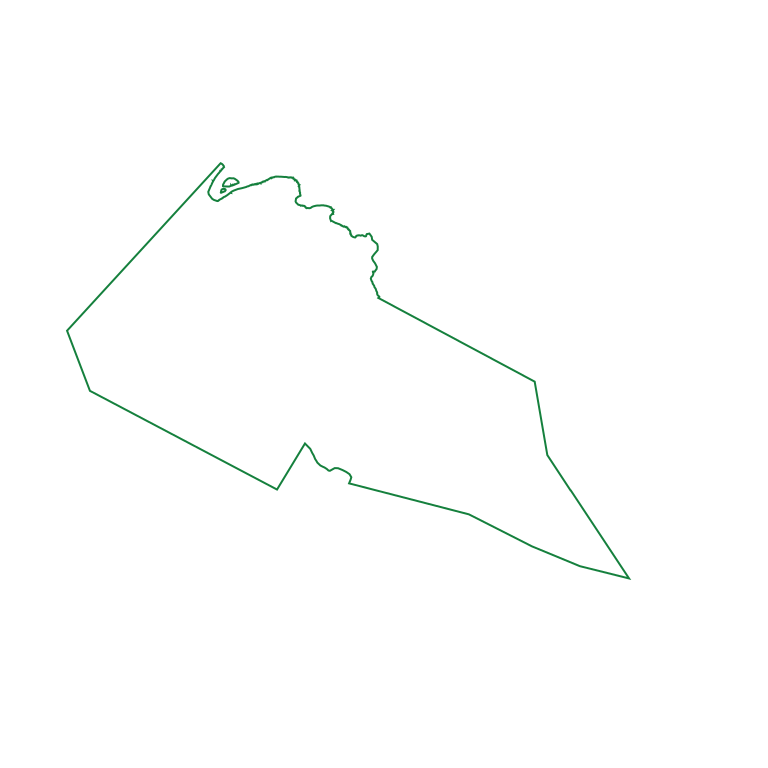 outline of Mappi, Papua, Indonesia, rotated 117°
{"feature_id": "22746128B63262525003276", "entity_name": "Mappi", "entity_type": "district", "adm_level": 2, "iso_a3": "IDN", "parent_name": "Indonesia", "parent_adm1": "Papua", "projection": "equal_earth", "projection_center": [138.756, -6.247], "detail": "fine", "context": "isolated", "style": "outline", "palette": "green", "viewbox_px": 768, "rotation_deg": 117, "n_neighbors": 0, "source": "geoboundaries", "source_scale": "gbopen_adm2", "svg_char_len": 5915}
<svg xmlns="http://www.w3.org/2000/svg" viewBox="0 0 768 768"><g transform="rotate(117 384 384)"><path d="M256.6,465.3L258.3,467.4L259.1,467.4L260.3,467.1L260.6,467.2L261.0,467.7L261.3,468.7L261.2,470.2L261.3,471.0L261.7,471.5L262.2,471.9L262.4,472.1L262.6,473.2L263.0,474.1L263.7,474.8L263.7,475.1L264.0,475.4L264.6,475.9L265.6,475.9L266.5,476.2L266.8,477.0L267.0,478.4L266.9,479.6L266.7,480.5L266.3,480.6L266.0,481.3L265.8,481.4L265.8,481.6L265.6,481.6L265.3,481.9L265.2,482.3L264.8,482.3L264.7,482.6L264.3,482.8L264.0,483.1L263.5,483.3L263.3,483.6L263.0,483.7L262.9,484.2L262.7,484.0L262.8,484.3L262.7,484.6L262.6,485.0L262.4,485.4L262.5,485.7L262.4,485.8L262.2,485.8L262.1,486.1L262.2,486.6L261.9,486.9L261.9,487.2L261.3,487.6L261.2,487.7L261.3,488.0L261.2,488.8L261.2,489.0L261.6,489.1L261.7,489.4L261.6,490.1L261.7,490.5L261.5,490.8L262.1,491.3L262.2,491.9L262.0,492.4L262.1,493.0L262.2,493.6L262.0,493.8L262.1,494.0L261.9,494.2L262.0,494.9L261.9,495.4L261.9,496.5L262.2,498.2L262.3,499.7L262.5,499.9L262.5,500.4L262.4,504.1L262.5,505.2L262.7,505.3L260.9,507.2L259.2,508.0L258.4,508.1L256.2,507.4L255.7,506.7L255.5,507.0L255.3,506.8L254.3,507.1L254.0,507.1L253.9,507.5L253.7,507.4L253.5,507.6L253.4,507.6L253.4,507.8L252.8,508.1L252.8,508.5L252.6,508.3L252.4,508.4L251.9,508.3L252.1,508.7L252.1,508.8L251.9,508.9L251.7,509.4L251.8,509.5L251.4,510.0L251.5,510.1L251.0,511.2L251.1,511.7L250.8,511.8L251.0,512.1L250.8,512.4L250.9,513.0L250.9,513.5L251.1,514.8L251.2,515.0L251.4,516.4L252.2,518.5L252.2,518.9L253.2,520.9L254.1,522.2L255.3,524.5L255.9,525.4L257.8,527.6L259.0,528.6L260.4,529.3L261.2,530.2L262.0,532.2L262.5,532.8L262.4,533.8L261.9,534.4L261.8,535.3L261.6,535.2L261.5,536.0L262.0,537.4L262.2,537.6L262.1,537.8L262.5,538.6L262.6,539.0L262.8,539.1L262.7,539.3L263.0,541.2L263.2,541.7L262.2,544.8L261.4,545.7L258.6,546.6L256.7,545.7L256.4,545.8L254.2,543.9L253.8,544.0L252.5,545.3L251.8,545.5L251.6,545.8L251.2,546.0L250.7,546.6L250.3,546.8L250.3,547.1L249.8,547.3L249.6,547.2L249.2,547.5L248.9,547.6L248.0,548.3L247.5,548.5L247.1,549.0L246.6,549.2L246.6,549.4L246.3,549.3L246.1,549.4L245.8,549.8L245.5,549.9L245.5,550.2L245.4,550.3L245.1,550.1L245.1,550.4L244.6,550.7L244.4,551.3L243.9,551.6L243.8,552.1L243.5,552.5L243.6,552.9L243.2,553.1L243.3,553.4L242.8,553.9L242.8,554.1L242.6,554.2L242.7,554.4L242.4,554.6L242.5,554.9L242.3,555.6L242.8,555.8L243.0,556.0L242.3,556.5L242.2,557.1L242.3,557.8L241.6,558.2L241.6,558.5L241.4,558.8L241.9,559.2L241.9,559.5L241.9,559.9L242.1,560.0L242.1,560.4L242.3,560.6L242.3,561.1L242.5,561.5L242.8,561.8L242.9,562.1L243.1,562.2L243.1,562.6L243.6,563.0L243.6,563.4L243.7,564.5L243.9,564.8L244.2,565.7L244.7,566.6L246.1,570.0L246.6,570.9L247.3,572.6L248.1,574.0L248.1,574.3L249.0,575.4L249.7,575.8L250.0,576.3L249.9,576.4L250.0,576.6L250.7,577.0L250.9,577.5L251.1,577.9L251.4,578.1L251.6,578.1L251.7,577.7L251.8,577.7L251.9,577.8L251.8,578.6L254.8,580.3L255.2,580.4L255.2,580.6L255.2,580.8L255.8,581.3L257.4,582.2L257.7,582.2L257.7,582.4L257.6,582.6L257.7,582.8L258.7,583.7L258.9,583.7L258.9,584.0L259.1,584.1L259.1,583.8L259.2,584.0L259.9,584.3L260.4,584.9L260.7,585.1L261.1,585.0L261.0,585.4L261.0,585.6L262.2,586.7L262.6,587.4L263.1,587.6L263.3,587.4L263.6,587.7L263.3,588.2L263.7,588.4L263.8,588.7L264.2,588.8L264.2,589.0L264.6,589.3L264.8,589.7L264.6,589.9L265.2,590.5L265.3,590.4L265.5,590.5L265.8,591.0L265.8,591.3L266.1,591.4L266.1,592.0L266.8,592.6L267.0,592.6L267.0,592.8L267.2,593.0L267.7,593.3L267.8,593.5L269.4,594.6L269.6,595.0L270.5,595.9L271.0,596.2L274.1,599.6L276.6,602.7L279.9,605.7L281.7,607.0L283.0,607.6L283.2,607.3L283.3,607.7L286.9,609.4L289.3,610.8L290.0,611.5L291.1,612.1L291.9,612.5L292.0,612.4L294.3,614.1L295.2,614.6L295.3,614.5L296.2,614.9L296.7,615.6L297.2,619.1L297.0,621.2L294.6,626.2L292.6,627.8L288.5,628.1L288.2,628.1L286.7,628.3L286.6,628.2L285.1,628.2L285.0,628.3L284.9,628.6L284.9,628.4L284.7,628.2L283.1,628.3L282.9,628.3L281.0,628.3L280.8,628.5L280.8,628.3L279.6,628.2L279.5,628.4L279.5,628.6L279.4,628.2L277.1,628.1L271.9,627.2L270.7,626.8L270.2,626.8L269.9,626.7L268.6,626.3L268.4,626.5L268.3,626.3L267.7,626.1L266.9,626.0L266.7,625.9L266.4,625.8L266.3,626.0L266.0,625.8L263.4,625.0L263.1,625.5L262.6,625.6L261.8,627.2L261.5,628.3L261.5,629.8L480.4,690.6L523.6,642.9L526.6,431.4L472.9,427.4L475.3,420.2L478.0,416.7L479.6,414.2L482.1,411.3L483.3,409.2L484.3,407.7L485.5,403.7L485.5,400.7L485.4,399.1L485.7,396.3L486.3,394.2L485.9,392.8L481.4,389.8L479.9,386.8L479.5,381.9L479.5,377.7L480.0,373.8L481.9,370.8L484.6,370.3L488.4,370.0L464.9,264.1L461.6,249.2L461.5,178.5L457.4,126.8L446.0,77.4L394.0,169.3L394.1,169.5L373.2,206.2L313.5,250.8L309.9,428.1L308.5,427.7L308.0,428.8L307.8,429.8L307.4,430.5L306.6,431.2L306.0,431.3L305.2,432.1L304.7,432.9L302.9,434.7L302.0,436.5L300.9,437.4L299.8,439.6L299.4,439.7L299.1,440.2L298.2,440.9L298.1,441.4L297.3,442.4L296.1,443.6L294.2,443.8L293.3,443.3L291.7,443.3L290.1,443.7L289.7,444.3L289.0,444.9L288.7,444.8L288.6,444.0L288.1,443.3L286.8,443.2L285.0,442.8L282.9,443.5L280.5,446.8L279.1,449.6L277.6,451.5L276.2,452.2L273.0,451.7L267.6,450.4L264.3,452.0L262.4,453.6L260.9,460.0L258.4,461.8L256.6,465.3ZM271.3,605.3L270.7,604.9L270.2,605.2L269.8,605.7L269.6,606.3L269.3,607.4L268.9,610.2L269.0,611.4L270.1,613.4L270.1,613.7L270.7,615.1L271.8,616.2L272.7,616.7L275.7,617.8L276.7,617.9L276.8,617.8L279.2,617.9L280.2,617.6L280.9,617.2L280.9,616.9L280.2,615.6L280.1,615.3L279.5,614.0L278.9,612.7L278.4,611.7L278.0,611.2L277.0,610.5L276.9,610.3L276.8,610.2L276.6,610.3L276.7,610.1L276.2,609.5L275.9,609.7L275.5,609.4L275.4,609.2L275.7,609.4L276.0,609.4L275.1,608.4L274.9,608.5L274.9,608.3L274.2,607.9L274.3,607.8L274.0,607.5L272.4,606.2L271.3,605.3ZM285.2,616.9L287.5,616.3L287.6,616.0L285.8,614.4L284.8,613.7L284.7,613.4L283.6,613.1L283.1,613.1L282.6,613.6L282.5,614.4L282.7,614.7L282.9,615.4L283.5,616.2L284.4,616.9L285.2,616.9Z" fill="none" stroke="#15803d" stroke-width="2"/></g></svg>